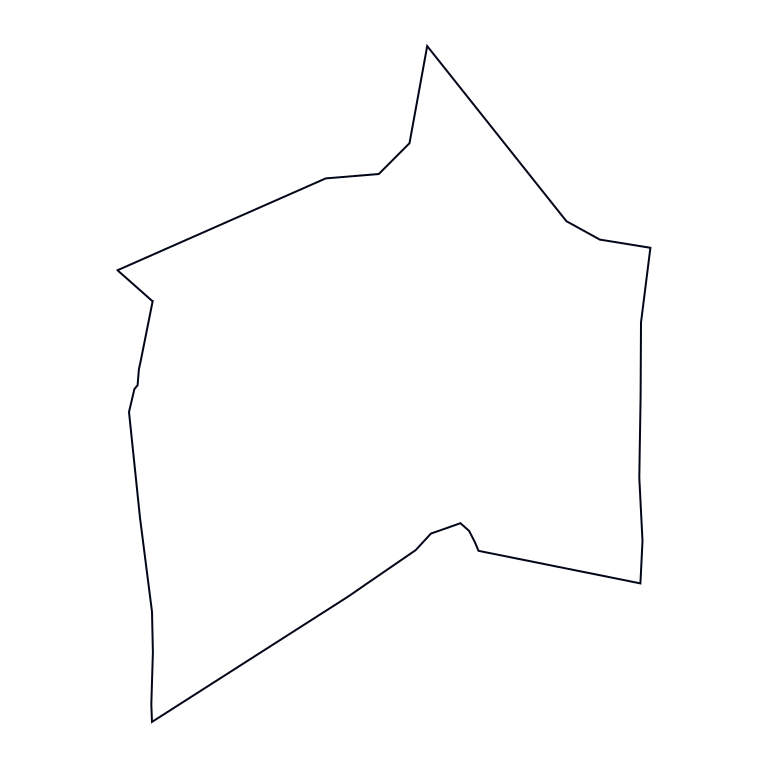 Moughataa d'Enneama, Hodh ech Chargui, Mauritania (Robinson projection)
{"feature_id": "47542326B75019227159374", "entity_name": "Moughataa d'Enneama", "entity_type": "district", "adm_level": 2, "iso_a3": "MRT", "parent_name": "Mauritania", "parent_adm1": "Hodh ech Chargui", "projection": "robinson", "projection_center": [-7.374, 16.407], "detail": "fine", "context": "isolated", "style": "outline", "palette": "ink", "viewbox_px": 768, "rotation_deg": 0, "n_neighbors": 0, "source": "geoboundaries", "source_scale": "gbopen_adm2", "svg_char_len": 606}
<svg xmlns="http://www.w3.org/2000/svg" viewBox="0 0 768 768"><path d="M640.4,583.4L641.2,567.5L642.5,540.8L639.3,477.9L639.7,451.6L640.6,397.3L641.0,322.5L650.4,247.8L599.8,239.6L566.4,221.2L427.2,46.1L409.5,143.2L378.8,174.0L325.7,178.4L227.7,221.6L117.6,270.2L118.2,270.9L151.9,300.7L152.7,301.0L140.4,362.5L138.9,369.2L137.6,385.2L134.4,389.1L129.0,412.0L140.0,517.8L152.0,611.8L152.9,652.5L151.3,704.4L152.0,721.9L345.4,598.3L349.4,595.7L366.6,583.8L415.7,550.1L430.9,533.6L460.4,523.2L469.1,530.9L474.9,542.2L478.5,550.8L488.7,552.9L640.4,583.4Z" fill="none" stroke="#020617" stroke-width="2"/></svg>